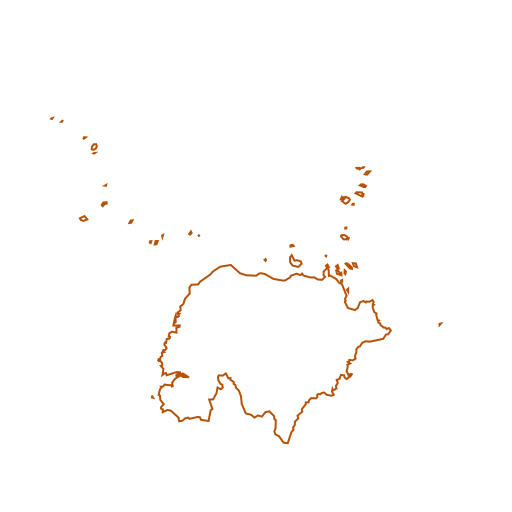 Belitung Timur, Bangka-Belitung, Indonesia, rotated 254°
{"feature_id": "22746128B98690900191937", "entity_name": "Belitung Timur", "entity_type": "district", "adm_level": 2, "iso_a3": "IDN", "parent_name": "Indonesia", "parent_adm1": "Bangka-Belitung", "projection": "albers", "projection_center": [108.219, -2.955], "detail": "fine", "context": "isolated", "style": "outline", "palette": "amber", "viewbox_px": 512, "rotation_deg": 254, "n_neighbors": 0, "source": "geoboundaries", "source_scale": "gbopen_adm2", "svg_char_len": 6180}
<svg xmlns="http://www.w3.org/2000/svg" viewBox="0 0 512 512"><g transform="rotate(254 256 256)"><path d="M101.0,289.7L101.1,292.4L104.8,291.7L107.1,292.9L105.6,293.1L106.4,296.8L109.2,297.0L111.3,299.6L114.7,299.4L114.8,302.3L118.3,304.9L117.0,307.8L114.8,307.6L112.7,309.2L113.8,311.9L115.8,312.3L120.3,311.3L124.3,313.7L126.3,313.8L126.7,316.9L128.9,315.0L129.3,316.8L130.3,317.1L129.0,320.3L129.9,323.5L132.5,323.5L136.1,326.2L138.4,326.6L140.4,329.2L140.5,331.2L143.0,333.8L143.9,337.5L142.3,341.8L141.3,355.5L144.7,359.3L144.3,361.5L147.3,365.1L150.1,363.9L149.8,361.3L151.5,360.8L151.8,359.3L155.2,356.7L157.0,356.8L158.0,355.4L159.5,355.3L160.1,356.4L160.9,355.2L166.4,355.3L167.4,356.1L169.5,354.2L174.1,353.9L176.4,354.7L176.7,355.8L177.4,355.0L179.4,356.4L181.5,355.8L180.8,352.3L181.8,349.7L181.1,348.8L183.1,346.9L182.9,343.3L177.9,339.4L176.8,336.2L180.7,330.0L187.3,328.8L186.8,328.3L188.1,329.3L188.1,329.8L190.2,329.7L192.8,332.1L205.5,330.8L207.1,328.7L211.8,326.7L216.8,321.9L216.8,320.6L223.2,322.1L224.9,321.4L222.3,316.6L218.6,315.7L216.9,316.6L214.9,312.9L216.4,308.9L219.3,306.3L220.5,302.1L224.2,296.2L226.4,295.5L225.4,293.5L227.8,290.1L227.4,283.9L226.1,283.1L224.5,277.3L224.9,275.3L229.1,266.5L236.0,259.9L238.0,256.3L238.3,254.2L237.0,250.8L240.2,241.3L243.8,235.9L254.3,229.3L255.6,218.9L253.0,210.4L250.8,207.0L246.7,195.2L244.6,192.5L246.2,186.0L243.9,183.2L238.3,182.0L234.5,176.0L229.9,173.0L228.3,169.2L224.7,168.7L223.2,165.0L222.4,164.6L221.6,166.5L220.8,165.2L219.3,165.3L218.9,162.4L221.0,162.5L219.0,161.1L215.9,159.5L216.5,161.0L214.7,160.7L213.6,158.2L211.9,157.4L210.3,163.5L209.0,163.0L208.9,159.7L204.3,158.4L206.4,154.4L205.7,151.5L202.8,149.9L202.2,151.0L201.2,150.7L200.4,149.9L200.9,147.3L197.3,145.7L197.9,144.6L196.4,143.5L192.0,144.7L190.4,142.6L191.1,141.0L190.0,140.2L188.9,141.0L189.0,138.9L185.8,138.4L185.2,136.4L183.0,135.3L183.7,134.0L182.6,133.2L181.6,133.7L181.5,135.2L178.8,136.3L176.7,135.7L176.6,134.2L172.9,135.9L167.4,133.3L168.4,135.8L168.2,137.3L166.0,137.2L166.3,147.8L164.8,151.7L165.1,148.8L163.8,147.4L163.2,153.3L159.4,156.7L159.2,155.8L158.6,156.2L159.7,152.8L160.4,151.9L161.8,150.8L163.2,146.6L162.5,146.5L161.4,148.5L160.3,144.3L157.3,140.5L153.9,140.1L153.8,139.3L155.5,139.5L155.2,138.2L157.6,132.6L156.2,130.9L156.6,128.6L155.6,128.9L154.5,127.1L149.3,124.1L148.4,125.2L144.0,124.4L138.9,126.4L137.0,123.2L135.5,122.6L134.2,124.2L131.6,123.3L132.4,128.6L130.7,131.6L122.0,137.0L118.3,136.6L118.0,140.0L119.4,143.0L119.4,146.2L117.8,147.2L117.4,155.5L116.5,157.6L113.6,158.0L110.5,164.9L120.2,169.9L120.9,171.9L130.9,171.4L130.0,175.3L135.0,180.2L140.2,182.8L137.6,185.4L138.7,187.8L141.5,188.1L143.0,186.5L147.1,185.6L150.1,186.1L151.5,187.2L150.2,191.1L151.4,194.6L146.1,195.7L145.7,197.8L144.4,197.2L140.8,199.9L139.3,199.2L137.8,200.6L134.7,200.5L131.3,202.4L125.2,202.9L117.8,201.5L107.5,202.8L104.6,207.7L101.1,210.0L102.2,213.9L100.0,217.4L103.2,221.9L103.1,225.9L97.1,229.3L94.3,228.7L92.8,229.8L84.7,227.2L82.4,225.3L79.1,225.5L76.3,228.5L69.0,231.0L67.3,234.9L76.9,241.5L78.7,244.2L80.6,244.2L83.0,246.8L86.0,247.7L88.3,251.9L91.1,251.9L93.6,257.6L96.1,257.8L99.8,263.0L101.5,263.4L100.8,266.2L102.7,267.2L104.2,270.0L102.6,274.4L103.4,276.0L105.5,276.5L106.2,277.8L105.3,279.8L106.3,281.4L105.9,284.0L103.1,285.7L101.0,289.7ZM240.6,287.1L236.7,288.5L233.8,293.7L236.1,297.8L238.5,297.5L240.7,294.2L240.9,291.7L246.9,290.6L245.4,288.4L240.6,287.1ZM286.5,356.5L285.2,353.7L281.5,356.5L282.2,359.3L284.2,361.7L285.9,361.3L288.1,358.6L286.5,356.5ZM340.8,97.1L338.9,97.5L337.3,99.9L337.7,103.9L341.7,102.1L340.8,97.1ZM251.7,343.1L247.9,344.7L247.1,347.6L248.2,349.0L249.7,348.8L251.7,346.9L252.5,343.9L251.7,343.1ZM287.9,375.3L289.6,370.1L288.9,369.0L283.7,374.7L284.2,375.8L286.0,376.4L286.1,375.2L287.9,375.3ZM404.0,127.5L402.9,128.8L403.3,131.4L405.2,133.2L407.5,133.2L408.1,130.8L406.3,128.5L404.0,127.5ZM223.9,340.0L218.1,342.9L217.1,344.7L218.2,345.1L221.9,343.1L224.1,341.1L223.9,340.0ZM220.1,329.1L216.6,329.0L213.9,332.8L216.1,333.3L215.5,331.5L217.4,331.8L220.2,330.0L220.1,329.1ZM222.4,347.1L219.3,347.3L217.2,350.0L221.2,350.0L222.4,347.1ZM347.4,121.7L346.1,122.5L347.6,124.6L347.5,126.9L348.9,127.2L349.5,123.9L347.4,121.7ZM306.7,385.9L304.6,383.1L303.6,385.2L305.9,388.9L306.7,385.9ZM163.1,151.7L159.8,152.9L159.4,156.4L162.7,153.0L163.1,151.7ZM295.3,378.9L295.9,376.9L295.3,375.3L293.2,377.9L293.3,379.6L292.4,379.0L292.1,379.9L292.9,381.0L295.3,378.9ZM298.0,163.6L295.0,161.8L294.8,163.6L297.4,165.7L298.0,163.6ZM224.0,330.0L220.9,331.0L221.0,332.2L224.8,332.0L224.0,330.0ZM322.6,143.4L322.4,145.1L324.3,147.1L324.6,145.3L322.6,143.4ZM227.4,320.6L226.2,320.8L225.5,322.9L228.1,322.3L227.4,320.6ZM217.8,337.3L215.1,336.3L214.0,336.9L216.3,338.2L217.8,337.3ZM115.9,315.6L116.5,314.9L116.1,312.3L114.3,313.6L115.9,315.6ZM295.5,197.8L294.7,198.5L295.9,200.5L297.5,200.2L295.5,197.8ZM289.0,354.8L287.4,353.4L287.1,356.6L288.3,356.6L287.9,355.0L289.0,354.8ZM256.8,292.1L255.5,291.7L255.2,295.0L256.6,294.4L256.8,292.1ZM198.4,334.1L196.2,334.7L199.1,335.6L198.4,334.1ZM298.2,157.6L297.5,158.3L299.1,159.5L299.4,158.4L298.2,157.6ZM311.3,380.8L312.3,379.6L312.0,378.8L310.7,379.5L311.3,380.8ZM417.0,125.0L417.6,123.6L416.0,122.0L417.0,125.0ZM250.4,264.4L250.0,263.2L248.7,263.8L249.3,264.5L250.4,264.4ZM209.2,332.2L209.0,330.9L207.8,330.8L207.6,331.8L209.2,332.2ZM140.2,413.7L139.0,413.4L140.1,415.1L140.2,413.7ZM279.2,364.4L279.5,363.5L278.9,362.7L278.3,363.9L279.2,364.4ZM258.5,350.7L258.7,349.7L257.8,349.3L257.5,350.3L258.5,350.7ZM301.6,171.4L300.1,171.3L301.8,172.4L301.6,171.4ZM312.9,376.9L312.0,377.4L312.1,378.4L312.9,377.7L312.9,376.9ZM292.0,207.6L291.1,205.8L291.1,206.7L292.0,207.6ZM236.9,323.6L237.6,322.4L236.4,323.3L236.9,323.6ZM148.1,118.0L149.8,117.6L149.8,117.4L148.7,117.0L148.1,118.0ZM365.6,131.5L365.3,130.2L364.9,131.1L365.6,131.5ZM444.7,98.5L444.7,97.3L444.4,96.9L443.9,97.6L444.7,98.5ZM311.6,384.0L311.9,383.2L311.5,382.5L311.1,383.1L311.6,384.0ZM438.7,105.8L438.5,106.4L439.8,108.0L438.7,105.8ZM399.4,129.5L399.6,128.4L399.5,128.1L399.1,128.7L399.4,129.5ZM248.6,349.9L247.2,349.7L247.7,350.2L248.6,349.9Z" fill="none" stroke="#b45309" stroke-width="2"/></g></svg>